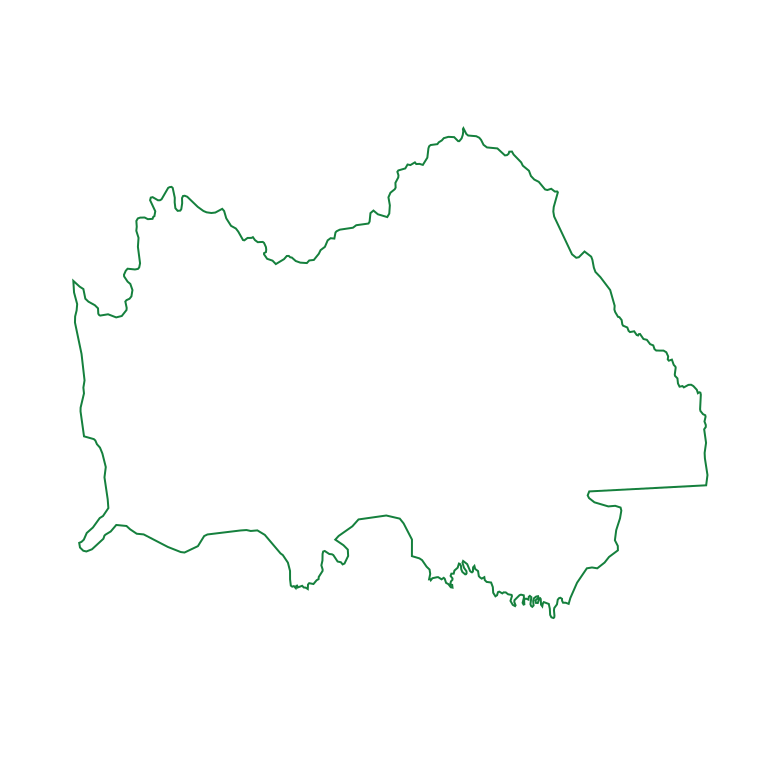 Punia, Maniema, Democratic Republic of the Congo, rotated 355°
{"feature_id": "63176286B1925057871065", "entity_name": "Punia", "entity_type": "district", "adm_level": 2, "iso_a3": "COD", "parent_name": "Democratic Republic of the Congo", "parent_adm1": "Maniema", "projection": "equal_earth", "projection_center": [26.813, -1.707], "detail": "fine", "context": "isolated", "style": "outline", "palette": "green", "viewbox_px": 768, "rotation_deg": 355, "n_neighbors": 0, "source": "geoboundaries", "source_scale": "gbopen_adm2", "svg_char_len": 6125}
<svg xmlns="http://www.w3.org/2000/svg" viewBox="0 0 768 768"><g transform="rotate(355 384 384)"><path d="M411.9,582.5L413.1,582.5L413.5,583.6L415.3,581.7L420.0,581.1L421.2,581.2L424.3,583.6L426.6,582.3L427.5,583.3L428.5,587.5L430.7,589.0L432.8,592.3L434.5,592.8L434.4,590.1L433.4,589.9L432.8,588.4L433.5,586.5L435.1,585.0L435.3,583.6L433.6,581.0L434.6,578.8L436.9,579.0L437.9,576.0L441.4,573.4L443.0,569.4L443.9,569.8L444.8,571.9L444.8,575.3L445.7,578.1L448.3,580.7L449.2,580.6L449.8,579.7L449.8,577.7L447.7,574.1L446.6,568.9L447.4,567.2L451.2,570.7L453.5,577.9L454.4,578.8L455.2,579.3L456.2,578.6L456.8,574.4L458.2,573.1L458.7,576.2L461.4,578.6L461.7,583.6L462.7,585.0L464.4,586.4L467.1,585.2L467.3,588.1L469.0,590.1L473.4,591.1L474.7,595.8L474.6,601.5L476.5,605.2L478.2,604.3L479.4,601.3L480.7,600.9L483.6,602.9L485.0,602.0L487.1,602.2L489.3,604.3L492.7,605.2L493.0,606.4L491.1,611.1L493.0,615.2L495.2,616.7L495.8,615.9L494.8,612.6L495.1,610.8L500.6,606.2L502.1,605.8L504.8,606.7L504.8,609.0L503.0,614.1L503.8,615.9L504.6,615.7L504.7,611.9L505.4,610.5L506.8,610.2L509.1,611.4L509.7,608.6L510.8,607.8L512.2,609.2L510.7,616.1L511.2,617.9L512.3,618.9L513.7,617.7L513.7,613.1L514.6,610.6L517.1,609.0L519.0,608.8L519.3,610.3L516.0,612.8L516.3,615.3L518.1,615.6L520.0,611.3L520.9,611.0L521.4,611.9L521.2,617.5L522.3,619.3L523.1,616.5L524.2,615.2L529.0,617.5L529.6,622.4L529.4,628.5L530.4,631.0L532.4,631.9L533.2,631.4L533.6,629.8L533.6,624.2L534.1,622.0L537.1,618.6L538.3,614.0L539.7,612.6L541.0,612.3L542.6,613.5L542.5,615.4L543.3,617.5L545.8,617.7L548.8,619.1L551.0,613.4L559.0,598.8L570.0,585.3L575.2,584.9L580.4,586.2L588.2,581.1L593.1,575.9L602.5,570.1L602.8,565.7L600.4,559.8L602.6,549.8L607.4,538.4L609.4,530.8L608.9,527.7L603.7,525.5L596.8,525.5L583.3,520.2L578.3,515.5L577.2,512.7L579.1,508.9L696.1,513.0L698.3,502.9L697.2,486.0L697.4,480.6L699.7,470.7L699.0,457.0L700.8,454.9L701.0,452.9L700.0,449.3L701.5,444.6L701.3,443.1L699.2,441.9L696.9,438.5L696.7,436.7L698.7,422.2L698.4,420.2L697.3,419.7L695.9,420.5L695.1,417.0L692.0,413.0L689.9,411.5L687.2,411.4L682.4,413.5L681.2,412.1L678.2,412.4L676.9,409.1L676.8,404.0L674.6,401.2L674.5,399.8L676.0,393.2L675.8,392.1L674.3,390.2L672.9,384.8L669.8,385.6L668.8,384.2L669.5,381.3L668.0,377.0L665.4,375.1L658.1,374.4L656.5,372.8L655.6,369.0L652.6,367.5L649.7,362.9L646.4,361.8L643.4,356.5L642.1,356.6L641.3,357.8L640.0,357.2L637.8,353.3L633.6,353.7L632.3,352.4L631.3,348.9L627.2,346.7L626.6,345.3L626.3,341.0L624.3,337.9L623.0,337.5L620.6,332.5L620.0,329.9L620.6,326.2L617.5,310.1L608.9,296.4L604.4,290.8L603.2,286.4L602.4,278.4L601.5,275.2L595.3,269.5L589.1,274.7L586.5,275.0L582.6,271.2L568.1,232.0L567.7,227.0L568.5,222.5L573.9,208.2L573.3,207.3L571.0,207.2L567.6,204.1L563.6,205.0L561.4,204.2L555.8,196.1L551.5,193.4L548.5,189.6L547.0,184.2L541.3,178.6L540.0,175.2L533.1,166.7L531.7,163.6L529.0,163.5L528.2,165.5L526.5,166.7L524.4,166.8L517.5,159.2L507.2,157.3L504.0,154.4L502.0,149.3L500.4,147.0L497.5,145.2L489.5,143.8L487.8,142.1L485.4,136.1L484.8,137.0L485.0,139.0L484.2,142.7L482.7,146.1L480.2,148.6L479.0,148.5L475.4,144.2L469.7,143.4L465.0,144.3L462.8,146.4L459.6,148.0L458.1,149.7L451.3,150.0L449.7,151.1L448.8,153.1L446.9,162.3L441.8,169.1L438.5,167.8L435.3,167.7L434.1,165.9L429.4,168.2L426.6,167.4L424.0,171.1L416.9,172.5L415.8,173.8L416.6,177.3L416.2,179.5L412.9,184.6L412.7,189.4L411.7,190.9L407.1,194.0L404.7,198.4L405.4,206.5L404.1,214.7L401.8,218.0L392.7,214.4L388.6,210.3L385.4,212.6L383.8,221.0L382.5,222.8L370.2,223.4L366.7,225.6L353.4,226.4L350.1,227.7L348.9,228.8L347.2,234.8L343.5,234.1L340.4,236.0L337.1,242.2L332.5,245.1L330.4,248.6L324.9,254.3L320.3,254.4L317.7,256.8L311.2,255.8L306.8,253.8L303.2,250.0L301.6,249.6L300.3,248.1L298.3,248.0L295.3,250.9L286.7,255.1L283.7,251.4L278.5,249.1L275.8,244.4L275.9,243.2L277.9,242.3L278.4,239.8L278.3,237.3L276.8,233.0L275.6,231.9L270.6,231.7L268.0,229.4L266.2,226.3L264.8,226.9L260.8,226.6L257.4,228.7L256.1,228.3L252.1,219.5L250.0,216.2L245.4,213.1L241.3,205.2L239.8,197.7L238.1,195.4L230.9,198.5L226.9,198.6L222.2,197.5L219.2,195.9L213.9,191.3L204.3,180.3L201.9,179.1L200.2,179.2L199.0,181.2L198.7,186.3L197.3,192.1L196.2,193.5L193.5,193.5L191.5,190.7L191.3,184.8L191.8,180.2L190.6,170.3L189.5,169.1L187.6,169.2L186.1,169.8L178.5,180.6L176.9,181.4L174.9,181.3L169.8,177.7L167.9,178.0L167.0,180.5L171.2,192.0L169.9,196.8L168.8,197.3L167.8,199.3L163.1,199.2L160.1,197.3L155.6,197.0L153.2,197.6L151.5,200.0L151.4,205.8L150.6,209.8L152.2,217.0L150.8,225.9L151.5,242.5L150.3,246.5L148.9,247.9L145.9,248.2L138.6,246.8L136.6,248.7L134.5,252.5L134.5,254.2L137.5,259.7L140.0,262.2L141.6,268.5L140.0,274.7L137.9,276.9L134.8,278.0L133.5,279.3L134.3,285.8L133.9,287.9L128.7,293.4L123.0,294.3L115.2,290.5L107.2,291.1L106.2,290.4L105.5,289.1L105.7,283.7L102.8,280.3L96.7,276.2L93.9,273.0L92.8,263.2L89.3,260.5L83.5,254.2L83.2,265.8L85.3,277.7L84.2,283.9L82.2,289.8L81.5,295.8L85.3,327.7L86.0,354.3L84.2,361.4L84.3,367.2L79.7,381.1L79.3,384.8L80.6,410.0L90.1,413.6L91.5,415.1L92.8,419.0L95.5,422.6L97.4,428.7L99.6,442.5L97.4,452.6L98.7,474.8L98.6,483.6L92.6,491.0L89.1,492.8L81.5,501.6L74.9,506.5L71.4,512.9L68.9,514.9L66.5,515.7L66.9,520.4L69.9,523.9L72.9,524.9L78.7,523.2L91.0,513.7L92.3,510.7L93.4,509.8L98.9,507.1L105.0,501.1L115.1,503.0L118.4,506.6L124.6,511.6L131.5,512.9L154.5,527.5L166.9,533.7L170.6,534.5L184.5,529.3L191.6,519.8L195.0,518.5L228.3,517.4L234.3,517.5L238.4,518.8L245.1,518.8L252.1,523.9L266.2,543.8L268.3,545.6L272.7,553.6L274.1,562.0L273.4,570.4L273.6,576.7L274.9,577.9L276.6,577.5L278.3,579.7L279.1,577.4L279.9,577.3L280.2,579.2L284.9,577.9L286.3,579.7L288.1,580.0L290.2,581.6L290.8,577.2L292.1,575.9L296.3,577.1L299.8,573.6L301.8,572.7L302.2,570.5L306.5,564.9L306.7,563.4L305.8,559.2L307.3,554.5L308.0,547.9L308.8,545.6L310.4,545.2L314.7,548.6L317.3,549.1L318.6,550.0L322.3,556.8L325.5,557.8L327.1,560.1L329.0,559.4L333.3,552.2L333.5,545.8L329.6,541.1L321.9,534.8L325.6,531.4L340.1,523.0L346.8,516.7L374.8,515.2L388.0,519.5L391.4,524.6L398.3,541.4L396.8,557.9L404.1,560.8L406.6,562.8L410.5,569.7L413.2,572.8L413.5,577.2L411.9,582.5Z" fill="none" stroke="#15803d" stroke-width="2"/></g></svg>